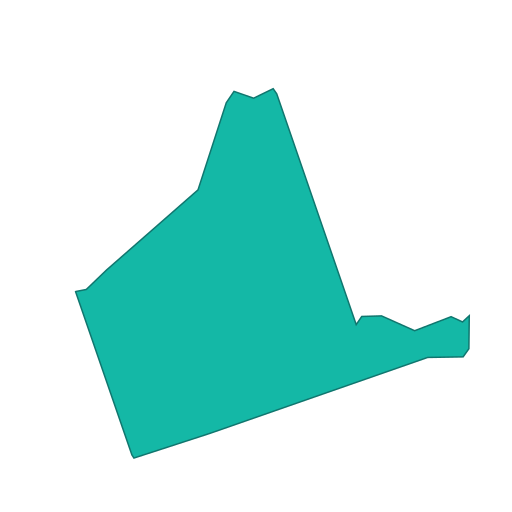 Gregg, Texas, United States of America (Albers equal-area conic projection), rotated 341°
{"feature_id": "52423323B83112121815500", "entity_name": "Gregg", "entity_type": "district", "adm_level": 2, "iso_a3": "USA", "parent_name": "United States of America", "parent_adm1": "Texas", "projection": "albers", "projection_center": [-94.76, 32.514], "detail": "fine", "context": "isolated", "style": "filled", "palette": "teal", "viewbox_px": 512, "rotation_deg": 341, "n_neighbors": 0, "source": "geoboundaries", "source_scale": "gbopen_adm2", "svg_char_len": 453}
<svg xmlns="http://www.w3.org/2000/svg" viewBox="0 0 512 512"><g transform="rotate(341 256 256)"><path d="M328.4,109.4L326.7,103.4L305.1,106.0L288.8,93.2L277.8,101.4L222.7,174.6L110.3,220.5L84.6,232.4L74.1,230.9L73.8,231.0L73.9,403.7L74.8,407.3L154.8,408.7L385.3,407.8L419.0,418.8L427.1,413.0L438.2,381.9L429.8,385.6L420.7,376.9L381.7,378.3L355.2,353.5L336.3,347.6L328.4,353.5L328.4,109.4Z" fill="#14b8a6" stroke="#0f766e" stroke-width="1.5"/></g></svg>